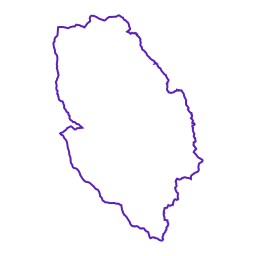 Girardota, Antioquia, Colombia
{"feature_id": "7082276B6763900439395", "entity_name": "Girardota", "entity_type": "district", "adm_level": 2, "iso_a3": "COL", "parent_name": "Colombia", "parent_adm1": "Antioquia", "projection": "robinson", "projection_center": [-75.429, 6.376], "detail": "fine", "context": "isolated", "style": "outline", "palette": "violet", "viewbox_px": 256, "rotation_deg": 0, "n_neighbors": 0, "source": "geoboundaries", "source_scale": "gbopen_adm2", "svg_char_len": 5740}
<svg xmlns="http://www.w3.org/2000/svg" viewBox="0 0 256 256"><path d="M195.8,148.1L195.0,147.4L194.5,146.2L194.0,146.0L193.7,145.2L193.4,145.0L193.8,143.9L193.6,142.4L194.5,142.2L195.6,141.3L195.4,140.7L195.3,139.2L195.1,138.3L194.8,138.4L193.7,136.1L194.4,134.1L193.2,131.6L193.1,130.3L192.7,129.2L193.1,127.9L192.6,127.3L192.3,125.6L193.8,125.2L194.6,124.5L194.2,123.3L193.2,123.3L192.2,122.9L192.4,122.2L193.1,120.8L192.0,119.1L191.6,119.0L191.0,118.1L191.7,117.6L191.8,117.2L191.6,117.1L191.9,116.6L192.1,115.7L191.5,114.8L191.8,114.5L191.4,113.4L191.4,113.0L190.8,112.9L190.3,112.6L188.8,111.0L188.2,109.9L188.0,109.7L187.9,109.4L188.2,109.1L188.4,108.2L188.6,108.0L186.9,105.6L186.5,105.3L186.1,104.5L186.0,103.9L186.0,101.7L186.2,100.7L186.0,99.9L185.3,98.4L184.8,97.7L184.1,95.9L183.8,94.1L183.2,93.0L182.0,91.4L181.7,90.7L181.2,90.3L179.2,90.6L178.9,90.5L178.9,90.1L178.5,90.1L178.1,90.5L176.9,89.7L176.3,90.8L175.4,91.2L175.0,91.1L173.9,92.1L171.2,92.9L168.8,92.4L168.2,91.7L168.2,91.3L167.3,90.3L167.0,89.8L167.1,88.2L167.3,87.8L167.4,87.2L167.3,84.5L166.8,83.8L167.4,83.4L167.3,82.2L168.2,81.5L168.5,80.5L168.5,79.9L167.7,79.0L166.2,76.5L166.0,75.2L164.3,74.2L161.3,70.5L160.6,68.7L159.9,68.0L159.4,68.0L158.5,66.9L157.8,66.4L157.3,64.1L156.6,63.9L156.4,63.3L156.1,63.2L155.0,63.5L155.3,63.1L155.3,62.6L154.8,62.1L154.7,62.4L154.5,62.2L154.4,61.4L154.0,60.9L151.7,59.7L150.7,58.9L150.1,58.2L149.5,57.8L149.3,57.1L148.6,56.7L147.1,55.2L146.5,53.5L146.0,52.7L145.0,51.8L144.2,50.7L142.5,49.7L141.9,48.7L142.0,48.0L141.9,47.2L141.1,46.5L140.4,45.2L140.5,43.6L140.8,42.8L140.7,42.1L140.2,41.1L140.5,39.3L139.9,38.7L139.6,37.8L139.0,37.0L138.5,36.8L137.6,35.7L137.1,35.5L136.8,35.0L137.3,34.7L137.2,34.4L136.3,33.7L136.1,33.3L135.0,32.9L134.7,33.4L132.8,33.2L132.2,32.8L130.5,33.8L129.1,32.3L128.3,32.3L127.1,31.7L130.0,29.3L130.1,28.3L129.1,26.4L129.0,24.9L128.1,22.7L127.3,22.2L125.4,20.2L124.7,20.1L124.1,19.7L123.4,18.8L123.1,17.7L121.7,17.2L119.4,15.5L118.4,15.4L116.1,16.7L109.1,17.0L106.8,18.6L105.2,20.3L104.1,20.5L102.7,19.8L101.6,19.6L99.4,18.8L96.2,16.9L94.1,16.0L93.3,15.8L91.2,15.8L90.5,16.3L89.8,17.7L89.8,18.9L90.2,21.1L90.0,21.5L88.3,22.6L87.3,23.5L84.5,27.4L83.8,27.3L83.3,26.8L82.6,26.4L81.0,26.1L79.5,25.1L77.5,25.1L76.6,24.7L76.2,24.7L75.8,25.1L74.8,26.5L73.3,26.4L70.0,27.2L68.5,28.1L67.7,28.1L63.6,27.1L60.5,27.0L58.1,27.2L57.5,35.1L57.1,36.0L55.4,37.4L54.9,38.3L54.5,39.6L54.5,41.6L53.7,42.4L53.4,43.4L53.9,47.0L54.8,49.8L55.2,53.0L56.8,55.1L57.1,55.9L57.4,57.6L57.2,61.7L56.8,63.6L56.8,64.8L57.3,66.8L56.8,67.7L57.0,68.8L57.5,70.0L57.7,71.8L58.2,72.5L58.0,73.5L58.6,74.7L58.4,75.8L57.6,78.0L57.1,78.9L56.8,80.2L56.0,81.7L55.9,82.3L56.5,84.7L56.7,86.3L56.3,87.5L56.4,89.5L56.6,90.0L57.3,90.5L57.6,91.0L57.2,93.8L57.4,94.2L58.1,94.7L58.1,96.2L58.7,97.3L58.7,98.8L59.0,99.6L59.4,100.1L59.6,100.1L61.0,101.2L62.5,101.4L62.8,101.9L63.3,103.1L63.5,104.2L64.2,105.6L64.1,107.8L64.7,108.8L65.4,109.4L66.6,111.8L68.3,112.8L68.5,114.8L69.6,115.8L69.5,118.0L70.0,119.4L70.9,120.2L71.9,120.7L72.9,122.0L74.7,122.1L75.5,122.7L76.3,123.8L77.0,124.0L78.3,124.2L79.0,124.6L80.3,126.1L81.3,126.7L82.3,127.7L79.2,128.1L77.0,128.2L75.7,129.4L75.2,129.5L74.5,129.3L71.5,126.5L70.5,126.4L68.8,127.4L67.2,128.0L66.3,129.5L64.5,131.0L62.7,132.3L60.2,133.3L60.1,133.5L61.1,134.6L62.9,135.4L63.2,135.8L64.3,138.2L65.7,139.6L66.8,141.6L67.2,143.3L67.8,147.8L68.7,150.4L69.2,152.6L69.3,154.6L70.5,157.8L70.7,161.9L71.1,163.0L72.3,165.2L72.5,166.3L72.9,167.2L73.8,167.9L76.4,168.6L77.1,169.1L79.1,171.6L79.4,172.7L80.2,174.1L80.2,174.9L80.4,175.5L81.1,176.3L82.8,179.1L84.6,181.1L85.7,181.7L88.2,182.2L89.1,182.5L90.8,183.8L92.1,185.1L93.8,186.5L95.3,188.5L96.3,189.2L97.9,189.8L98.9,191.4L99.7,193.4L100.1,196.2L100.5,196.7L101.1,197.1L101.9,198.2L102.4,199.9L102.9,200.7L104.0,201.3L105.3,202.3L106.6,202.3L110.0,203.1L114.2,203.0L116.4,203.7L118.6,203.7L119.7,204.6L121.3,205.1L122.0,209.6L122.4,210.8L122.8,211.4L122.9,212.6L123.6,213.5L124.1,214.8L125.1,215.4L126.3,216.7L129.9,222.3L130.0,223.3L130.7,224.5L131.9,225.8L132.4,226.1L133.8,226.1L134.6,226.5L136.7,226.1L138.3,226.8L139.9,228.3L141.1,228.4L141.6,228.7L142.6,228.2L143.9,228.4L144.7,229.4L144.9,230.0L145.7,230.6L146.3,231.4L147.7,231.7L148.4,232.3L148.5,233.5L148.9,234.3L149.5,236.8L150.3,238.2L151.2,238.0L151.8,237.5L153.7,237.3L154.5,237.8L155.1,237.7L155.5,238.0L158.2,238.9L158.9,239.7L160.0,240.3L161.8,240.6L162.5,240.3L163.2,239.1L162.6,238.3L162.5,237.7L162.6,236.6L163.4,235.3L163.3,234.0L163.7,233.8L164.7,232.7L164.9,232.2L165.5,231.7L165.6,230.4L166.6,229.4L166.3,227.7L166.6,227.2L167.7,226.2L167.7,225.4L168.3,224.6L168.2,223.1L167.6,222.4L167.4,222.0L167.6,221.1L167.5,220.5L166.4,220.1L165.2,219.8L164.6,219.9L164.4,217.0L163.7,215.0L163.7,213.5L164.2,213.3L164.2,212.9L163.8,212.2L163.7,211.7L164.1,210.8L164.1,210.2L164.4,209.5L164.6,208.1L167.2,207.7L168.3,205.1L170.0,205.8L172.1,204.9L172.9,203.9L173.0,204.1L173.3,203.1L173.1,202.4L173.2,202.1L174.3,199.9L175.0,199.3L175.4,199.3L177.0,199.9L177.5,199.7L178.2,198.9L177.8,197.9L177.7,196.3L178.0,193.4L177.8,193.0L176.9,192.4L176.6,192.0L175.5,189.6L175.4,188.6L175.0,188.0L175.1,187.7L176.1,186.7L176.6,185.9L176.2,184.4L176.3,183.2L175.8,182.3L175.7,181.7L175.9,181.6L176.0,180.2L176.5,180.0L176.9,178.8L177.8,178.8L179.1,179.6L180.2,179.4L181.3,178.9L182.3,177.9L182.7,178.0L184.3,177.3L185.8,177.4L186.6,177.8L189.1,178.1L190.9,179.0L190.9,176.8L191.1,176.1L191.6,175.3L194.8,172.9L197.4,171.9L198.2,171.2L198.5,170.7L198.8,169.6L198.8,169.0L198.4,167.9L198.4,166.8L198.9,164.0L199.5,163.2L201.9,161.8L202.5,160.9L202.6,160.3L202.2,159.7L198.4,157.5L197.6,156.8L196.3,154.8L193.7,152.2L194.0,151.4L195.1,150.0L196.2,149.1L195.8,148.1Z" fill="none" stroke="#5b21b6" stroke-width="2"/></svg>